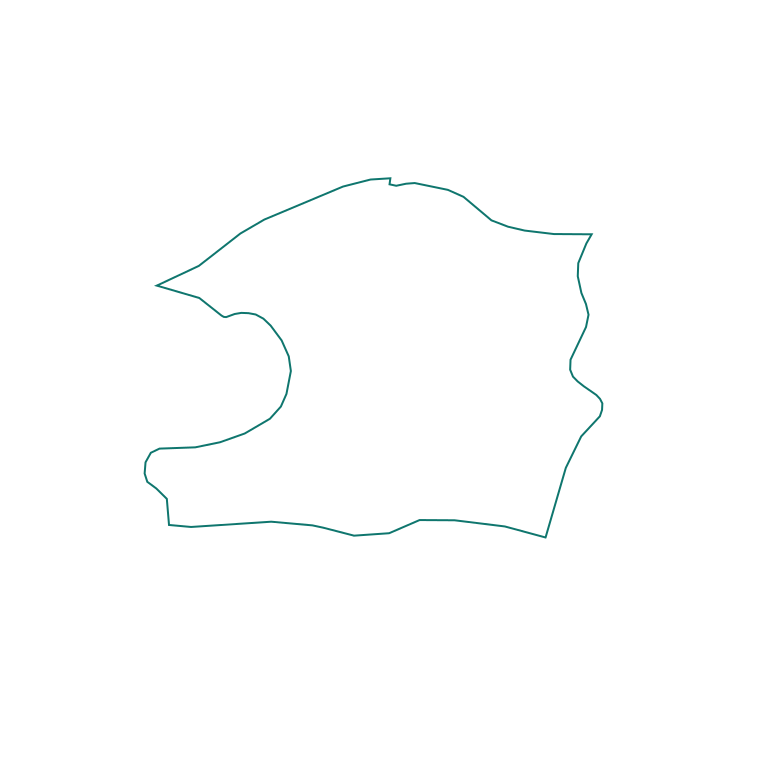 an SVG outline of Vĩnh Long, rotated 320°
{"feature_id": "VNM-510", "entity_name": "Vĩnh Long", "entity_type": "Province", "adm_level": 1, "iso_a3": "VNM", "parent_name": "Vietnam", "parent_adm1": "", "projection": "natural_earth1", "projection_center": [105.979, 10.095], "detail": "fine", "context": "isolated", "style": "outline", "palette": "teal", "viewbox_px": 768, "rotation_deg": 320, "n_neighbors": 0, "source": "natural_earth", "source_scale": "10m", "svg_char_len": 1090}
<svg xmlns="http://www.w3.org/2000/svg" viewBox="0 0 768 768"><g transform="rotate(320 384 384)"><path d="M409.1,605.4L385.0,570.8L350.4,533.7L323.8,511.1L292.0,501.6L263.4,480.8L263.2,480.4L245.0,454.9L238.3,446.3L209.1,417.0L144.3,369.5L128.7,353.8L143.8,332.4L142.4,317.6L139.8,306.8L143.1,298.7L151.0,290.7L161.2,286.8L170.5,289.2L198.7,311.2L220.9,323.2L245.5,332.4L274.3,337.3L290.5,335.0L302.9,328.9L321.0,314.2L328.8,301.6L333.6,284.8L334.7,266.5L333.6,256.4L330.4,248.3L325.7,242.6L320.4,237.8L314.6,234.4L306.1,231.3L304.4,229.6L303.5,227.1L297.8,199.4L273.2,162.6L318.1,174.5L370.7,176.4L398.0,181.1L479.5,206.4L505.1,218.7L521.1,230.5L516.6,234.6L520.8,240.0L529.7,244.8L536.7,249.8L557.7,276.3L565.2,291.7L571.5,327.7L580.1,343.2L590.4,356.9L610.5,378.3L639.3,402.8L629.4,406.4L610.5,416.3L601.7,426.0L593.7,441.2L590.1,452.6L585.2,462.4L575.4,470.2L542.5,485.3L535.8,492.7L533.5,499.8L534.0,506.5L535.6,514.2L539.6,528.9L539.9,534.3L538.8,539.2L534.4,544.0L528.6,547.5L501.4,550.9L469.4,565.1L409.3,605.3L409.1,605.4Z" fill="none" stroke="#0f766e" stroke-width="2"/></g></svg>